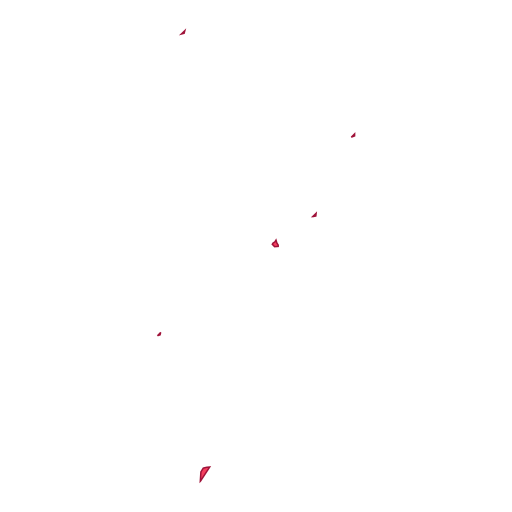 map outline of Baa (orthographic projection)
{"feature_id": "MDV-5228", "entity_name": "Baa", "entity_type": "Atoll", "adm_level": 1, "iso_a3": "MDV", "parent_name": "Maldives", "parent_adm1": "", "projection": "orthographic", "projection_center": [73.003, 5.117], "detail": "coarse", "context": "isolated", "style": "filled", "palette": "rose", "viewbox_px": 512, "rotation_deg": 0, "n_neighbors": 0, "source": "natural_earth", "source_scale": "10m", "svg_char_len": 577}
<svg xmlns="http://www.w3.org/2000/svg" viewBox="0 0 512 512"><path d="M209.7,467.0L200.5,481.1L200.3,481.3L200.9,471.9L203.3,468.1L206.6,467.3L209.7,467.0ZM276.0,240.1L276.8,242.9L278.2,245.1L278.2,246.4L274.6,246.7L272.3,244.3L273.1,243.0L274.8,242.0L276.0,240.1ZM316.1,213.3L315.8,216.0L312.9,216.6L312.7,216.6L316.1,213.3ZM354.6,133.9L354.6,135.9L351.3,137.2L354.6,133.9ZM184.8,30.7L184.1,33.3L181.4,34.0L184.8,30.7ZM160.7,332.4L160.6,332.7L160.1,334.6L160.0,334.9L158.7,335.3L157.5,335.7L157.4,335.8L160.7,332.4Z" fill="#f43f5e" stroke="#9f1239" stroke-width="1.5"/></svg>